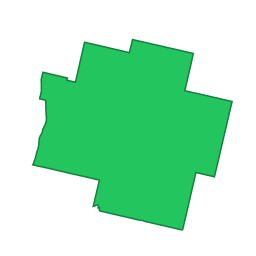 Karoonda East Murray, South Australia, Australia, rotated 283°
{"feature_id": "25037944B45596854652330", "entity_name": "Karoonda East Murray", "entity_type": "district", "adm_level": 2, "iso_a3": "AUS", "parent_name": "Australia", "parent_adm1": "South Australia", "projection": "mercator", "projection_center": [139.832, -34.928], "detail": "fine", "context": "isolated", "style": "filled", "palette": "green", "viewbox_px": 256, "rotation_deg": 283, "n_neighbors": 0, "source": "geoboundaries", "source_scale": "gbopen_adm2", "svg_char_len": 3652}
<svg xmlns="http://www.w3.org/2000/svg" viewBox="0 0 256 256"><g transform="rotate(283 128 128)"><path d="M40.8,119.3L40.8,161.0L40.9,161.6L40.9,161.8L41.1,162.1L41.1,162.3L41.2,162.6L41.3,162.9L41.3,163.1L41.3,163.5L40.8,164.6L40.8,170.6L40.8,183.4L40.8,194.7L40.8,204.1L40.7,204.1L54.9,204.2L55.0,204.2L55.8,204.2L56.0,204.1L56.4,204.1L56.7,204.2L62.3,204.2L74.3,204.2L83.3,204.2L99.9,204.2L99.9,223.2L104.6,223.2L118.4,223.3L126.7,223.3L138.6,223.3L156.0,223.4L166.5,223.4L177.2,223.5L177.2,217.4L177.2,211.0L177.2,209.7L177.2,209.4L177.3,209.2L177.2,209.1L177.2,204.3L177.2,199.2L177.2,198.9L177.2,198.7L177.2,198.4L177.2,198.2L177.3,198.0L177.2,197.7L177.2,197.4L177.2,197.2L177.1,181.9L177.1,181.7L177.1,181.4L177.1,181.2L177.1,180.9L177.1,180.7L177.2,180.2L177.2,179.8L177.1,179.7L177.1,175.0L195.5,175.0L203.4,175.0L215.3,174.9L215.2,112.5L208.2,112.5L207.8,112.5L207.7,112.4L202.2,112.4L201.7,112.4L201.8,66.4L186.4,66.4L170.8,66.5L160.8,66.5L160.8,57.8L160.8,57.7L161.5,57.5L162.3,57.7L162.7,57.7L163.1,57.6L163.1,51.2L163.2,32.6L155.8,32.5L150.5,33.9L150.2,33.9L144.5,35.3L136.5,35.3L136.5,41.6L126.2,44.2L126.0,44.3L125.8,44.3L123.4,45.0L122.7,45.2L122.4,45.2L121.9,45.4L121.6,45.5L121.3,45.8L121.2,45.8L120.8,45.9L120.1,46.1L116.2,46.9L116.0,47.0L115.8,47.0L115.7,47.0L115.4,46.8L115.3,46.7L115.2,46.7L113.0,46.6L112.5,46.4L112.1,46.4L111.1,46.0L110.6,46.0L110.1,45.9L107.7,45.4L107.3,45.2L106.5,45.2L105.9,45.5L105.4,45.5L105.1,45.4L104.2,45.4L103.1,45.2L102.3,44.8L100.9,44.3L99.6,44.2L97.6,43.8L96.6,44.1L95.7,44.2L94.1,44.4L93.9,44.4L93.5,44.5L93.4,44.5L93.1,44.6L92.8,44.6L92.6,44.7L92.3,44.8L92.0,44.9L91.8,44.8L89.1,44.9L88.4,45.1L85.0,44.6L83.8,44.5L79.6,44.6L76.1,44.3L74.8,44.1L72.7,44.0L71.3,43.6L71.0,43.6L70.7,43.5L70.7,51.7L70.8,51.7L70.8,51.8L70.8,52.1L70.8,52.4L70.8,52.5L70.8,52.9L70.8,53.0L70.8,53.3L70.8,53.6L70.8,53.8L70.8,54.1L70.8,54.5L70.8,55.0L70.8,55.3L70.8,55.5L70.8,55.9L70.8,56.5L70.8,57.2L70.8,57.5L70.8,57.8L70.8,58.4L70.8,58.5L70.8,59.0L70.8,59.3L70.8,59.5L70.8,59.8L70.8,60.0L70.8,60.4L70.8,60.6L70.8,60.8L70.8,61.0L70.8,61.3L70.8,61.5L70.8,61.8L70.8,62.2L70.8,62.5L70.8,62.9L70.8,63.2L70.8,63.4L70.8,63.5L70.8,63.9L70.8,64.0L70.8,64.5L70.8,64.8L70.8,65.1L70.8,65.5L70.8,65.8L70.8,66.0L70.8,66.3L70.8,66.5L70.8,67.2L70.8,67.4L70.8,67.6L70.8,67.9L70.8,68.0L70.8,68.3L70.8,68.5L70.8,68.9L70.8,69.0L70.8,69.3L70.8,69.5L70.8,70.0L70.8,70.6L70.8,70.8L70.8,71.0L70.8,71.4L70.8,71.9L70.8,72.3L70.8,72.6L70.8,72.8L70.8,73.0L70.8,73.6L70.8,73.8L70.8,74.0L70.8,74.4L70.8,74.5L70.8,75.0L70.8,75.3L70.8,75.8L70.8,76.1L70.8,76.5L70.8,76.9L70.8,77.1L70.8,77.3L70.8,77.7L70.8,77.8L70.8,78.0L70.7,78.4L70.8,91.3L70.8,94.9L70.8,95.1L70.9,95.3L70.8,95.5L70.9,95.9L70.9,96.0L70.9,96.3L70.9,96.5L70.9,96.9L70.9,97.0L70.9,97.3L70.9,97.5L70.8,97.8L70.8,98.0L70.8,98.3L70.8,98.6L70.8,98.8L70.9,99.0L70.9,99.3L70.8,99.5L70.9,99.8L70.8,101.8L70.8,102.1L70.8,102.3L70.8,102.5L70.8,102.8L70.8,103.0L70.8,103.3L70.8,103.5L70.8,103.8L70.8,104.0L70.8,104.3L70.8,104.6L70.8,104.8L70.8,105.0L70.8,105.3L70.8,105.5L70.8,105.8L70.8,106.0L70.8,106.3L70.8,106.5L70.8,106.8L70.8,107.0L70.8,107.4L70.8,107.7L70.8,107.8L70.8,108.0L70.8,108.5L70.8,108.8L70.8,109.0L70.8,109.5L70.8,109.8L70.8,110.1L70.8,110.3L70.8,110.5L70.9,110.8L70.9,111.0L70.9,111.3L70.9,111.6L70.9,111.8L58.9,111.8L48.8,111.8L46.4,111.8L43.8,111.7L44.0,112.1L44.2,112.7L44.6,113.2L45.5,114.2L45.8,114.8L46.1,115.5L46.1,115.9L45.9,116.2L45.5,116.5L45.1,116.7L44.6,116.8L44.2,116.8L43.6,116.9L43.7,117.0L44.0,118.2L43.8,118.2L43.7,118.1L43.2,118.4L42.9,118.4L42.9,118.2L42.4,118.3L42.0,118.4L41.6,118.5L40.8,119.3Z" fill="#22c55e" stroke="#15803d" stroke-width="1.5"/></g></svg>